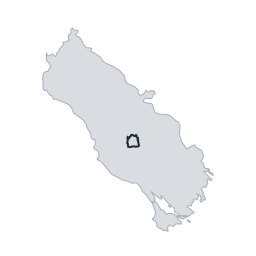 Turkey, with Kirsehir highlighted, rotated 228°
{"feature_id": "TUR-2286", "entity_name": "Kirsehir", "entity_type": "Province", "adm_level": 1, "iso_a3": "TUR", "parent_name": "Turkey", "parent_adm1": "", "projection": "robinson", "projection_center": [34.21, 39.339], "detail": "fine", "context": "in_parent", "style": "outline", "palette": "slate", "viewbox_px": 256, "rotation_deg": 228, "n_neighbors": 0, "source": "natural_earth", "source_scale": "10m", "svg_char_len": 4312}
<svg xmlns="http://www.w3.org/2000/svg" viewBox="0 0 256 256"><g transform="rotate(228 128 128)"><path d="M199.3,91.8L203.0,93.0L204.1,92.1L207.4,92.2L210.4,92.9L211.9,90.9L214.0,91.1L214.4,92.1L215.4,92.5L218.6,95.0L218.2,95.3L219.0,96.3L221.7,96.9L222.0,98.1L224.1,100.1L225.3,103.0L224.7,105.1L223.6,106.3L225.4,110.8L225.0,111.4L228.2,112.8L232.2,112.6L233.5,113.2L237.6,116.7L238.6,118.1L235.8,116.4L234.4,117.9L233.7,121.4L229.5,122.0L230.2,124.2L231.4,125.3L231.1,127.4L231.5,128.3L232.7,129.7L232.6,131.6L233.1,133.6L233.2,136.1L235.0,136.8L234.3,137.9L232.5,142.9L232.6,143.2L234.0,143.4L237.0,145.7L236.5,146.4L237.0,149.6L239.6,151.6L239.3,152.7L239.4,153.7L237.5,153.2L233.8,156.1L233.4,156.0L232.8,155.0L232.6,152.2L231.7,151.5L230.5,151.3L228.4,152.6L226.5,152.5L224.7,152.3L219.6,150.5L217.8,151.1L215.9,150.5L212.3,153.9L211.1,154.2L210.5,152.5L209.2,151.5L207.6,152.8L201.2,154.5L198.3,154.8L194.7,154.2L191.7,154.4L183.7,158.2L176.0,160.3L169.0,160.1L165.2,157.7L162.2,157.1L153.4,160.8L149.0,160.7L147.5,159.2L144.2,158.6L143.5,160.0L142.8,163.5L144.0,166.6L142.1,166.8L140.9,167.5L140.6,169.9L138.9,170.8L138.3,172.3L138.0,172.3L135.2,171.1L136.0,170.0L134.2,165.6L135.1,164.2L138.7,160.6L138.5,158.5L137.0,157.0L132.4,159.7L132.0,160.7L131.0,161.5L129.3,161.8L121.2,158.4L116.4,161.4L112.3,165.8L109.3,167.4L100.2,168.6L98.6,169.4L95.6,168.5L93.7,167.3L89.6,162.3L81.7,158.6L73.4,157.7L72.7,158.6L72.3,162.5L70.9,166.1L70.2,166.5L68.4,165.6L62.0,167.7L56.5,165.3L55.6,164.3L54.5,160.1L53.7,159.8L52.8,160.4L51.8,160.4L48.0,158.5L45.8,158.4L44.5,160.2L42.4,160.9L42.4,160.4L43.2,159.3L39.9,159.5L38.2,160.4L35.8,159.8L36.0,159.4L37.9,158.8L42.3,158.1L45.2,155.3L34.7,155.5L33.7,156.1L33.5,154.6L34.1,153.9L36.9,153.4L36.8,152.2L35.1,150.9L33.3,150.2L32.5,147.2L31.6,146.4L31.7,146.0L33.5,145.4L33.9,143.2L33.7,141.9L30.3,140.7L29.6,140.8L28.8,139.6L27.3,138.7L26.1,139.4L22.8,137.6L23.4,136.3L24.3,136.3L24.5,135.3L23.8,133.6L23.9,132.7L24.7,132.4L25.5,132.6L26.3,133.6L26.4,135.6L27.3,136.8L27.9,135.6L29.5,136.3L32.3,135.6L32.8,135.1L30.8,135.2L30.1,134.7L28.5,131.5L30.2,130.5L31.5,129.0L29.2,127.9L29.7,125.7L27.7,123.2L30.5,120.0L30.4,119.5L29.5,119.4L21.2,120.7L21.1,119.3L21.8,118.0L21.8,114.9L22.2,113.3L23.8,112.8L25.7,110.4L28.9,107.5L32.0,107.6L33.3,106.8L35.2,106.7L35.7,107.8L37.4,108.6L40.3,108.5L41.7,107.8L40.4,106.4L42.1,105.9L43.4,106.2L42.6,107.8L43.0,107.9L46.8,107.5L50.8,107.8L55.1,107.7L55.7,107.2L52.6,105.6L54.6,104.3L55.8,104.0L64.9,102.7L65.0,102.4L59.4,101.7L56.5,99.9L55.8,98.9L56.4,96.6L57.0,95.9L59.0,95.8L65.9,96.9L70.8,96.3L76.2,97.9L81.3,97.5L82.4,96.8L83.7,94.5L90.9,90.8L93.5,88.8L104.7,84.9L121.6,85.6L124.5,84.1L126.2,84.6L125.7,85.6L125.8,86.5L127.8,88.8L130.8,90.1L135.0,89.0L136.5,89.4L138.0,93.0L140.6,95.2L141.8,95.4L143.4,94.1L144.9,93.9L147.4,95.2L148.3,96.5L156.3,97.9L158.0,99.0L163.5,100.1L175.5,97.6L179.9,99.3L183.6,99.9L185.2,99.6L190.0,97.5L191.5,96.4L194.5,95.4L198.3,93.1L199.3,91.8ZM44.3,85.4L43.9,87.0L44.6,88.8L46.2,91.2L47.9,92.5L56.0,95.8L54.8,98.9L52.7,99.4L45.7,97.9L42.9,99.2L40.8,98.9L37.9,99.4L37.1,101.3L35.0,103.5L29.3,106.1L24.0,111.4L22.5,112.1L23.2,110.3L23.2,108.7L25.5,106.9L28.7,105.5L29.6,104.3L21.7,104.5L21.0,102.9L21.8,102.6L24.4,99.7L24.8,98.5L24.6,95.7L27.8,94.1L28.1,93.4L27.6,90.6L24.7,89.0L24.8,88.2L27.0,87.4L28.2,85.5L31.3,85.1L32.8,84.1L35.5,83.7L38.7,86.1L42.7,85.2L44.3,85.4ZM19.8,111.2L17.2,111.7L16.4,111.2L17.2,110.4L19.3,109.8L19.9,110.6L19.8,111.2Z" fill="#d9dde1" stroke="#a8b0b8" stroke-width="1"/><path d="M112.1,127.3L112.2,126.9L111.5,126.6L111.3,126.4L110.9,126.3L110.3,126.2L110.1,126.1L109.9,125.8L109.7,125.7L108.9,125.1L107.6,124.3L107.4,123.6L108.7,121.4L110.6,120.0L111.4,118.8L111.9,117.3L113.8,115.6L114.0,115.8L114.2,116.0L114.9,116.1L115.5,116.6L116.1,117.2L116.6,117.4L117.5,117.4L117.7,117.7L117.8,118.0L118.0,118.3L119.6,120.2L120.1,120.5L120.7,120.6L121.2,121.0L121.5,121.7L120.8,121.8L120.1,121.6L119.8,121.7L119.8,122.1L119.9,122.6L120.1,123.0L120.3,123.7L120.1,124.6L120.5,125.2L120.7,125.8L120.2,126.4L119.5,126.7L118.9,127.0L117.5,127.6L117.2,128.4L117.4,129.0L117.4,129.3L116.9,129.4L115.7,128.4L115.4,128.4L114.9,128.4L114.7,128.4L114.1,128.8L113.6,128.4L113.4,127.8L113.0,127.6L112.7,127.6L112.3,127.6L112.1,127.3Z" fill="none" stroke="#1e293b" stroke-width="2"/></g></svg>